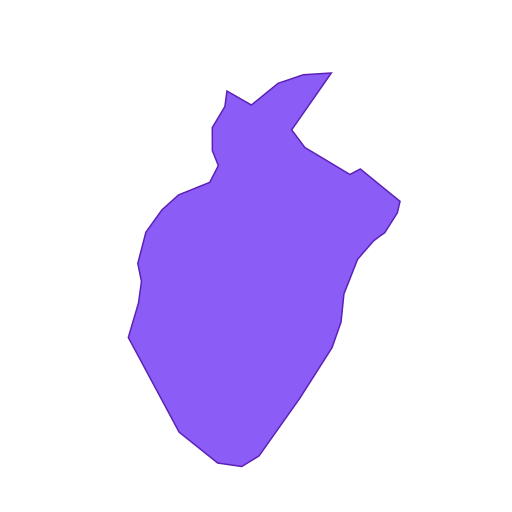 Wadi Bissam, Kanem, Chad (Natural Earth projection), rotated 33°
{"feature_id": "50815135B97156808183777", "entity_name": "Wadi Bissam", "entity_type": "district", "adm_level": 2, "iso_a3": "TCD", "parent_name": "Chad", "parent_adm1": "Kanem", "projection": "natural_earth1", "projection_center": [15.685, 13.516], "detail": "fine", "context": "isolated", "style": "filled", "palette": "violet", "viewbox_px": 512, "rotation_deg": 33, "n_neighbors": 0, "source": "geoboundaries", "source_scale": "gbopen_adm2", "svg_char_len": 623}
<svg xmlns="http://www.w3.org/2000/svg" viewBox="0 0 512 512"><g transform="rotate(33 256 256)"><path d="M358.7,440.3L367.4,422.0L370.2,351.1L369.7,291.5L363.3,265.1L350.4,239.9L343.0,203.4L346.3,179.6L349.0,171.9L351.3,166.4L351.0,142.7L347.0,131.7L321.4,129.0L296.1,126.2L290.3,136.5L237.9,138.4L217.2,130.8L219.5,61.5L197.0,78.2L180.5,99.1L169.9,131.9L141.8,133.5L148.5,147.6L149.4,172.1L162.0,191.4L175.2,200.7L177.1,219.4L157.8,246.9L152.0,268.5L150.7,296.0L160.9,326.6L173.8,339.7L183.0,359.3L193.3,393.9L201.2,398.2L287.5,445.6L336.7,450.5L358.7,440.3Z" fill="#8b5cf6" stroke="#5b21b6" stroke-width="1.5"/></g></svg>